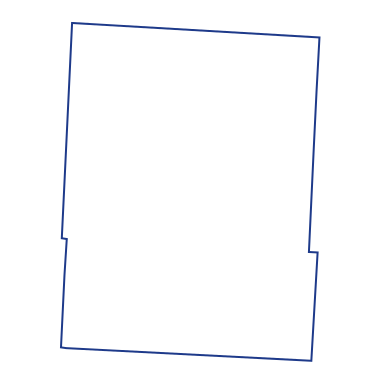 Washburn, Wisconsin, United States of America, rotated 183°
{"feature_id": "52423323B30726124247740", "entity_name": "Washburn", "entity_type": "district", "adm_level": 2, "iso_a3": "USA", "parent_name": "United States of America", "parent_adm1": "Wisconsin", "projection": "robinson", "projection_center": [-91.775, 45.898], "detail": "fine", "context": "isolated", "style": "outline", "palette": "blue", "viewbox_px": 384, "rotation_deg": 183, "n_neighbors": 0, "source": "geoboundaries", "source_scale": "gbopen_adm2", "svg_char_len": 312}
<svg xmlns="http://www.w3.org/2000/svg" viewBox="0 0 384 384"><g transform="rotate(183 192 192)"><path d="M314.7,30.0L309.5,29.5L64.0,29.7L63.4,138.2L72.1,138.2L72.7,243.5L72.9,299.6L72.8,353.0L320.6,354.5L319.6,139.0L314.6,138.5L315.0,102.5L314.7,30.0Z" fill="none" stroke="#1e3a8a" stroke-width="2"/></g></svg>